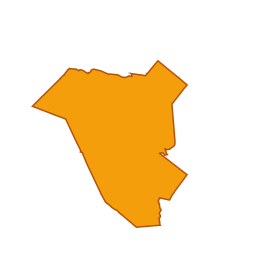 the district of General Treviño, Nuevo León, Mexico, rotated 130°
{"feature_id": "50627088B5673549327791", "entity_name": "General Treviño", "entity_type": "district", "adm_level": 2, "iso_a3": "MEX", "parent_name": "Mexico", "parent_adm1": "Nuevo León", "projection": "equal_earth", "projection_center": [-99.45, 26.212], "detail": "fine", "context": "isolated", "style": "filled", "palette": "amber", "viewbox_px": 256, "rotation_deg": 130, "n_neighbors": 0, "source": "geoboundaries", "source_scale": "gbopen_adm2", "svg_char_len": 4868}
<svg xmlns="http://www.w3.org/2000/svg" viewBox="0 0 256 256"><g transform="rotate(130 128 128)"><path d="M57.0,110.4L57.0,111.9L57.0,113.0L57.0,114.8L57.0,116.1L57.0,121.0L56.8,121.1L56.7,121.4L56.7,121.6L57.0,122.0L57.0,123.5L57.1,128.7L57.2,136.2L57.2,138.9L57.3,148.3L59.5,148.3L61.0,148.3L64.2,148.3L65.8,148.3L66.1,148.3L68.6,148.2L69.9,148.2L71.9,148.2L72.8,148.2L73.8,148.1L73.9,148.5L76.2,148.2L76.3,148.2L76.5,148.1L84.5,160.9L84.5,160.3L84.6,159.9L84.8,159.4L85.1,159.0L85.5,158.7L86.0,158.3L86.4,158.9L86.5,159.1L86.5,159.3L86.7,159.6L86.8,159.8L87.2,160.2L87.3,160.3L87.5,160.7L88.1,161.0L88.1,160.9L89.0,161.3L89.5,161.6L90.2,161.9L91.1,162.8L91.3,162.9L91.5,163.0L91.7,163.5L91.8,163.8L91.9,164.0L92.0,164.2L92.1,164.3L92.5,164.6L92.7,164.8L92.9,165.6L93.3,167.3L93.5,168.5L93.8,169.6L93.8,169.8L93.8,170.0L94.8,171.3L95.2,172.0L95.6,172.6L97.3,175.1L98.4,176.8L98.8,177.2L99.0,177.3L99.4,177.5L99.4,177.8L99.5,178.1L99.6,178.4L99.8,179.1L100.1,180.2L101.3,184.1L101.7,185.5L101.8,185.7L102.4,187.0L103.8,189.7L104.2,190.6L104.8,191.8L104.9,192.0L105.0,192.1L105.2,192.3L105.4,192.4L106.0,192.8L106.4,192.9L106.7,193.1L106.9,193.3L107.0,193.3L107.4,193.3L107.8,193.2L108.2,193.1L108.4,193.0L108.5,192.8L109.3,192.8L109.6,192.9L109.9,193.0L110.4,193.5L110.8,193.8L111.0,193.9L111.4,193.7L111.5,193.7L111.8,193.7L112.0,193.6L112.1,193.8L112.2,194.5L112.6,197.5L112.9,199.3L113.2,200.4L113.4,200.9L113.6,201.3L113.8,201.6L114.2,202.1L114.4,202.3L115.0,202.4L115.8,202.7L115.8,203.5L116.1,203.9L116.2,205.0L116.3,205.7L116.4,205.8L116.4,206.0L116.9,206.5L117.1,206.5L117.4,206.7L117.5,206.9L117.6,207.4L117.9,207.9L118.4,208.4L118.5,208.5L118.6,208.8L119.0,209.3L119.6,210.1L119.8,211.1L120.3,211.2L120.8,211.2L121.4,211.2L121.9,211.3L122.2,211.5L122.2,211.4L122.5,211.3L122.9,211.3L123.3,211.3L123.7,211.3L124.4,211.3L124.7,211.3L124.8,211.3L125.1,211.4L126.9,211.3L127.2,211.2L127.7,211.1L128.0,211.0L128.3,211.0L128.2,211.2L128.2,211.3L128.3,211.3L130.9,211.5L132.0,211.6L133.9,211.8L133.9,211.6L137.5,212.0L138.5,212.1L139.4,212.2L141.7,212.4L147.3,212.9L151.7,213.3L155.1,213.6L157.3,213.8L157.5,213.9L160.9,214.2L163.3,214.4L164.1,214.4L167.6,214.8L167.8,214.8L171.6,215.1L172.8,215.2L171.8,212.2L170.6,208.8L170.2,207.6L170.1,207.0L169.3,204.8L166.0,195.3L164.7,191.4L163.2,187.4L163.2,187.2L162.8,186.2L162.5,185.4L162.3,184.6L161.8,183.1L161.2,181.5L170.7,161.1L175.8,149.6L177.0,149.1L176.8,148.7L176.6,148.4L176.5,148.1L176.4,147.9L176.3,147.7L176.2,147.6L176.1,147.2L177.6,144.7L181.8,136.7L194.1,109.9L196.1,105.6L199.3,97.4L199.0,90.4L199.0,90.1L199.2,89.9L199.3,89.6L199.3,89.4L199.2,89.2L199.1,88.9L199.1,88.6L199.2,88.3L199.1,88.0L199.1,87.6L199.0,87.2L198.9,86.6L198.9,85.8L198.7,85.0L198.5,84.6L198.2,84.1L198.1,83.8L198.2,83.5L198.3,82.9L198.4,82.1L198.5,81.3L198.6,79.9L198.6,78.7L198.6,78.0L198.5,77.3L198.5,76.4L198.5,75.3L198.6,57.8L195.8,55.0L181.7,40.8L181.6,41.1L181.5,41.5L181.3,41.8L181.2,41.9L181.1,42.0L180.8,42.1L180.5,42.5L180.4,42.7L180.1,42.9L179.7,43.2L179.6,43.4L179.4,43.5L179.2,43.7L179.2,43.8L179.2,44.0L179.2,44.3L179.0,44.5L178.8,44.5L178.6,44.5L178.3,44.7L178.2,44.8L178.2,45.0L178.2,45.3L178.2,45.5L177.7,45.7L177.6,45.8L177.4,46.1L177.1,46.3L176.9,46.4L176.7,46.4L176.4,46.2L176.0,46.0L175.9,46.0L175.7,46.0L175.4,46.2L175.3,46.3L175.2,46.4L174.9,46.4L174.6,46.5L174.5,46.8L174.5,47.0L174.4,47.1L174.2,47.2L174.1,47.4L174.0,47.6L173.9,47.8L173.9,48.1L173.8,48.3L173.7,48.5L173.3,49.0L173.0,49.3L172.8,49.4L172.4,49.5L172.2,49.5L171.9,49.6L171.7,49.5L171.4,49.6L171.1,49.6L170.8,49.7L170.5,49.7L170.2,49.7L169.7,49.8L169.5,50.1L169.4,50.5L169.2,50.7L169.1,50.8L169.1,51.0L169.2,51.4L169.2,51.5L169.0,51.8L168.8,52.1L168.5,52.3L168.4,52.6L168.3,52.8L168.1,53.0L167.9,53.1L167.7,53.3L167.4,53.7L167.3,53.8L167.2,53.9L167.0,54.1L166.9,54.3L166.7,54.6L166.3,54.8L166.1,54.9L166.0,55.0L165.9,55.1L165.8,55.4L165.8,55.6L165.7,55.9L165.7,56.2L165.6,56.5L165.4,56.7L165.3,56.8L165.0,56.9L164.9,57.0L164.8,57.3L164.9,57.5L164.8,57.9L164.6,57.9L164.3,57.9L164.1,57.9L163.8,58.0L163.6,58.0L163.3,58.4L163.1,58.5L162.9,58.6L162.2,58.6L162.0,58.4L161.9,58.4L161.7,58.4L161.4,58.8L161.2,58.9L156.5,49.9L154.7,50.2L151.8,50.9L149.8,51.3L149.1,51.0L148.9,51.0L148.7,51.0L148.4,51.1L148.0,51.2L146.5,51.5L138.8,52.0L133.0,52.3L130.2,52.5L125.8,52.8L126.0,57.2L126.0,58.0L126.1,59.8L126.6,72.0L127.0,83.0L127.2,87.5L126.4,87.2L124.6,85.2L125.3,82.5L123.1,80.8L123.0,81.4L122.8,81.9L122.5,82.7L121.3,84.1L120.9,84.7L120.6,85.7L120.5,85.9L120.2,86.2L120.1,86.3L120.0,86.2L119.8,86.1L119.8,85.2L119.7,84.8L119.3,84.1L118.6,83.4L117.5,82.5L116.5,82.1L115.6,82.0L115.4,82.0L115.2,82.1L114.5,81.8L114.1,81.6L113.2,81.4L111.9,81.3L111.5,81.3L110.9,81.4L110.6,81.6L109.6,82.2L108.9,82.7L108.6,83.0L108.0,83.5L104.1,87.3L81.5,109.7L62.1,110.4L60.1,110.4L59.9,110.4L57.0,110.4Z" fill="#f59e0b" stroke="#b45309" stroke-width="1.5"/></g></svg>